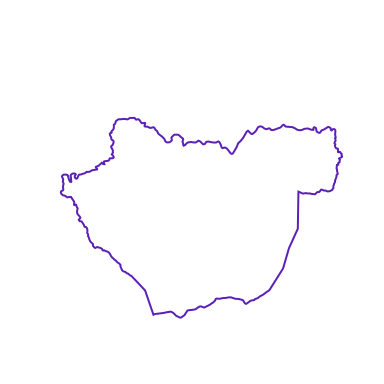 the district of Concordia, Olancho, Honduras, rotated 300°
{"feature_id": "27666195B67988098345344", "entity_name": "Concordia", "entity_type": "district", "adm_level": 2, "iso_a3": "HND", "parent_name": "Honduras", "parent_adm1": "Olancho", "projection": "robinson", "projection_center": [-86.696, 14.659], "detail": "fine", "context": "isolated", "style": "outline", "palette": "violet", "viewbox_px": 384, "rotation_deg": 300, "n_neighbors": 0, "source": "geoboundaries", "source_scale": "gbopen_adm2", "svg_char_len": 5995}
<svg xmlns="http://www.w3.org/2000/svg" viewBox="0 0 384 384"><g transform="rotate(300 192 192)"><path d="M145.9,308.1L171.3,309.1L191.7,304.1L213.1,302.0L245.5,284.0L246.1,288.9L248.1,291.3L248.3,292.5L249.7,294.8L250.1,296.5L251.6,299.7L254.2,300.4L255.0,301.1L255.4,302.0L255.7,302.2L257.0,302.5L258.2,302.5L258.7,302.7L259.0,303.4L259.2,305.6L260.1,307.0L260.2,308.9L261.1,310.3L261.4,310.7L263.6,312.3L264.6,312.3L265.8,312.5L266.5,312.2L267.6,311.6L270.4,310.9L272.1,310.9L273.3,310.2L277.0,309.6L279.1,308.7L280.6,309.2L283.0,306.9L283.9,306.4L284.7,305.4L287.9,304.0L288.8,305.0L290.0,304.2L290.7,304.4L291.3,304.9L291.7,304.9L292.7,304.2L293.9,304.0L294.3,302.8L294.5,302.6L294.9,302.7L296.9,304.2L297.7,304.3L298.1,304.0L298.4,303.3L299.0,302.9L299.6,302.8L299.9,302.5L300.1,301.2L300.6,300.7L300.7,300.1L300.4,299.6L299.7,299.0L299.6,298.5L299.8,298.3L301.9,297.2L302.3,296.8L302.4,296.4L302.0,295.5L302.0,294.9L302.4,293.9L303.1,293.1L303.8,292.5L305.0,292.3L305.3,291.2L305.5,291.0L306.5,290.7L308.2,290.7L308.9,290.2L310.1,289.0L310.4,289.0L310.7,289.2L311.1,289.2L312.1,288.2L313.7,287.0L316.7,285.6L317.4,284.8L317.6,284.1L317.4,283.3L317.0,282.8L316.4,282.4L315.3,282.3L315.0,281.9L315.2,281.2L316.4,280.3L316.7,279.8L316.7,278.2L316.4,277.3L312.3,275.2L310.3,273.5L309.4,273.3L307.8,273.3L307.2,273.0L306.8,272.6L306.6,271.4L306.7,269.7L309.1,267.6L309.4,266.8L309.3,265.6L308.8,265.3L308.0,265.3L307.5,265.4L306.6,266.1L306.4,266.0L305.5,263.9L305.1,261.2L304.7,260.2L302.8,257.6L301.6,256.9L300.5,255.9L299.9,255.3L299.3,254.3L298.8,253.0L298.5,251.8L298.7,249.4L298.3,246.3L295.6,240.7L295.6,239.7L296.1,238.5L296.0,237.6L295.2,237.1L292.6,236.5L291.6,236.0L290.1,234.6L287.1,232.2L285.6,230.4L285.3,229.5L285.8,228.2L285.8,227.2L285.6,226.8L283.9,225.3L283.4,224.5L283.2,222.8L283.5,221.1L283.5,219.9L283.2,218.8L282.4,217.7L281.7,217.1L280.9,216.8L277.2,216.8L275.1,216.4L272.5,215.3L272.1,214.8L272.0,213.9L273.1,210.0L272.9,209.7L272.0,209.4L271.2,209.2L264.3,209.2L261.0,208.7L257.1,207.6L253.7,208.2L248.9,208.2L245.9,208.1L245.3,207.8L244.9,207.4L244.8,206.9L244.8,206.1L246.7,201.6L247.1,200.1L247.0,198.3L245.4,196.6L245.2,196.3L245.3,195.9L245.8,194.9L247.2,193.4L248.4,191.6L249.0,190.5L249.0,189.7L248.5,189.1L247.1,188.3L246.7,187.8L245.6,185.9L244.3,182.5L244.2,181.5L242.8,179.5L242.1,179.2L240.8,179.2L239.9,179.0L239.5,178.7L239.1,178.2L238.9,177.5L239.9,173.7L239.6,171.9L237.2,170.7L236.5,170.1L235.8,168.8L234.7,166.0L232.9,163.7L232.1,163.2L229.5,162.6L228.0,161.7L228.2,161.1L229.6,160.1L230.8,158.6L233.0,158.1L233.7,157.5L234.1,154.5L234.4,153.7L234.7,151.7L234.4,150.8L233.6,149.4L233.0,148.3L232.5,147.9L229.4,147.0L228.6,147.1L226.9,148.6L226.1,148.6L225.1,148.3L223.8,147.6L222.5,145.7L222.4,143.9L223.1,142.8L224.1,141.6L224.9,139.0L225.6,133.9L227.4,131.0L227.6,129.2L228.4,128.0L228.9,126.9L228.7,126.1L226.6,123.9L226.5,123.2L226.3,120.8L225.4,119.1L225.2,118.4L225.3,118.0L225.8,117.7L228.0,117.2L228.3,116.9L228.3,116.6L226.9,114.8L226.5,114.0L227.2,112.2L228.1,110.4L228.2,109.3L228.1,108.9L227.0,107.9L226.8,107.5L226.7,106.9L227.2,106.2L227.4,105.1L226.1,103.0L225.5,101.7L225.1,101.3L222.7,99.9L221.4,96.7L219.2,93.7L218.4,92.2L217.4,91.5L215.2,90.7L212.6,91.3L211.2,90.7L208.1,92.4L207.4,92.5L206.5,92.5L204.3,91.9L203.9,92.1L203.6,92.6L203.2,92.6L202.8,92.5L202.2,91.8L201.3,91.7L200.1,92.7L198.9,94.7L197.9,95.4L197.2,96.1L197.1,98.0L196.9,98.5L196.5,98.9L195.7,99.3L193.1,99.8L191.7,99.2L190.5,99.5L188.6,102.5L186.4,103.9L184.5,103.7L184.3,104.0L184.2,104.8L183.7,106.0L183.0,106.8L182.3,106.9L181.9,106.7L181.3,106.0L180.0,104.0L179.4,104.0L178.4,104.3L177.5,104.1L176.9,103.5L174.9,100.9L174.5,100.6L174.1,100.6L173.7,100.7L172.3,102.2L171.9,101.5L171.8,100.8L172.2,99.3L168.2,98.0L167.4,97.5L165.8,96.2L165.6,96.2L165.3,96.4L164.5,98.3L164.1,98.5L160.7,94.5L158.2,93.1L156.7,90.6L155.4,90.2L154.3,89.5L153.0,88.1L151.8,87.2L150.6,85.6L149.3,85.4L147.0,85.8L145.9,85.5L145.6,85.1L145.6,84.5L145.9,83.6L146.4,82.9L147.2,82.5L149.0,82.6L149.4,82.1L149.4,81.5L149.1,80.6L148.3,79.5L147.8,79.1L146.4,78.6L145.3,78.7L143.8,80.2L141.9,81.3L140.7,82.3L140.2,82.2L139.9,81.6L140.3,80.5L142.2,78.2L144.0,76.5L144.2,76.1L144.4,75.6L144.1,74.2L143.1,72.5L142.2,71.8L140.9,71.5L140.2,71.8L138.7,74.1L136.4,74.9L135.3,76.4L134.8,76.8L133.6,77.0L131.6,77.9L130.4,78.9L129.3,79.5L128.8,79.4L127.9,78.7L127.0,78.3L126.1,78.6L125.2,79.5L124.6,81.7L125.2,83.5L125.0,86.6L126.9,89.1L127.2,89.7L124.5,95.0L124.1,95.3L122.3,96.0L121.9,96.4L121.9,96.8L123.0,97.7L123.0,98.1L121.8,99.2L120.7,101.1L117.6,102.2L116.0,103.4L115.5,104.4L114.6,107.1L113.9,108.2L113.5,108.3L111.5,107.8L111.0,108.1L110.6,109.5L111.2,110.5L111.2,111.2L109.6,114.6L108.3,116.1L108.2,116.6L108.7,117.6L108.0,119.3L106.7,120.5L104.1,121.8L103.6,122.9L102.9,123.6L101.9,123.9L100.8,125.7L99.7,126.7L98.4,128.5L97.8,130.2L97.6,131.9L96.9,132.6L96.1,133.0L95.7,133.4L95.2,135.0L95.1,136.1L95.7,136.6L96.5,137.0L96.9,137.4L97.8,140.9L97.8,142.4L96.8,143.9L96.9,144.4L97.4,144.7L97.6,145.3L97.6,146.3L98.1,148.9L98.0,150.4L97.6,151.4L95.6,154.7L95.1,157.1L94.7,158.4L94.5,160.4L93.8,162.3L93.7,164.3L93.3,166.1L92.9,166.7L92.2,166.9L91.6,167.4L90.6,168.9L89.5,170.1L89.0,171.7L89.0,172.5L89.3,173.6L89.4,174.4L89.1,176.0L89.3,177.7L88.9,179.9L89.0,181.6L83.3,200.6L66.4,220.0L67.2,220.4L68.0,221.2L73.3,228.2L74.7,229.6L77.7,233.3L77.9,234.1L77.9,236.2L77.6,237.7L76.9,240.0L76.9,240.8L77.2,244.2L77.7,245.3L81.7,247.1L83.8,247.1L84.6,247.3L86.0,247.2L87.2,247.5L88.0,248.3L90.1,251.2L92.2,253.7L95.0,254.9L96.9,256.1L97.4,257.0L98.0,260.2L98.5,260.7L103.6,264.0L105.0,264.5L106.5,265.4L109.6,266.3L111.2,266.0L112.0,266.6L113.3,269.3L115.6,271.8L117.3,274.4L119.3,276.7L120.3,278.6L121.1,282.7L122.6,285.7L123.7,289.5L123.6,290.7L122.5,292.6L122.1,293.6L122.0,294.3L122.3,294.9L125.0,296.2L126.8,296.9L128.6,298.6L129.3,299.7L129.8,300.0L130.6,300.0L132.8,301.9L135.4,302.9L138.8,305.0L142.9,306.7L144.7,307.7L145.9,308.1Z" fill="none" stroke="#5b21b6" stroke-width="2"/></g></svg>